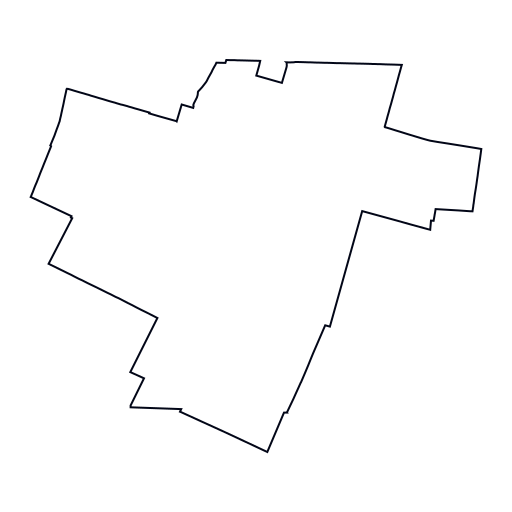 Valcelele, Calarasi, Romania (Mercator projection)
{"feature_id": "2599482B65802479293410", "entity_name": "Valcelele", "entity_type": "district", "adm_level": 2, "iso_a3": "ROU", "parent_name": "Romania", "parent_adm1": "Calarasi", "projection": "mercator", "projection_center": [27.174, 44.384], "detail": "fine", "context": "isolated", "style": "outline", "palette": "ink", "viewbox_px": 512, "rotation_deg": 0, "n_neighbors": 0, "source": "geoboundaries", "source_scale": "gbopen_adm2", "svg_char_len": 3723}
<svg xmlns="http://www.w3.org/2000/svg" viewBox="0 0 512 512"><path d="M180.0,411.7L180.8,412.0L186.0,414.4L201.3,421.4L222.6,431.1L244.9,441.5L267.3,452.0L284.0,412.6L287.1,412.6L287.0,412.4L287.0,412.1L287.1,411.9L287.3,411.7L293.3,399.1L296.5,392.0L298.6,387.4L300.7,382.7L300.9,382.5L301.0,382.3L304.6,373.9L308.1,365.6L310.6,359.4L313.1,353.3L317.0,344.3L325.2,325.3L329.9,326.6L348.9,258.6L362.2,211.1L396.2,220.4L410.1,224.3L430.2,229.8L430.6,225.2L431.0,220.6L432.3,220.7L433.6,220.8L434.5,215.7L434.6,214.9L435.0,212.9L435.6,209.1L437.4,209.2L454.3,210.2L457.9,210.4L469.5,211.2L471.8,211.3L472.5,211.3L472.6,210.6L472.8,209.2L473.2,206.7L473.3,205.6L473.5,204.1L473.6,203.8L474.4,197.5L474.9,193.9L475.3,191.5L475.7,189.1L476.1,186.5L476.5,183.8L476.8,181.6L477.1,179.4L477.6,176.1L478.0,172.9L478.9,166.2L479.9,159.5L480.3,156.5L480.7,153.6L481.0,151.3L481.3,149.0L476.8,148.2L472.5,147.5L460.2,145.5L447.6,143.5L437.2,141.9L433.2,141.2L430.2,140.7L427.1,139.9L421.8,138.4L408.9,134.5L399.9,131.7L395.6,130.4L389.9,128.6L385.9,127.4L385.2,127.3L385.0,127.2L384.9,127.1L384.8,126.9L384.7,126.8L384.7,126.7L385.1,125.3L386.1,121.7L386.9,118.8L387.5,116.5L388.9,111.6L389.8,108.1L390.4,106.1L391.0,104.1L392.2,99.7L393.0,96.9L393.9,93.3L394.8,90.3L395.9,86.2L397.0,82.3L397.7,79.7L398.5,76.7L398.8,75.5L400.0,71.3L401.2,66.9L401.8,64.9L393.8,64.6L385.8,64.4L379.2,64.1L377.1,64.1L374.8,64.0L372.2,64.0L371.3,63.9L367.6,63.8L363.9,63.7L359.3,63.6L357.3,63.6L355.2,63.5L349.5,63.4L346.0,63.3L342.0,63.2L339.0,63.1L335.9,63.1L333.2,63.0L330.4,62.9L326.7,62.8L324.6,62.8L321.7,62.7L320.2,62.7L319.1,62.6L317.2,62.6L314.2,62.5L309.8,62.3L307.6,62.3L305.0,62.2L301.6,62.1L297.6,62.0L296.4,62.0L295.9,62.0L295.5,62.0L295.2,62.0L294.9,62.1L294.4,62.2L293.4,62.3L292.4,62.3L290.7,62.4L288.8,62.4L286.4,62.3L286.6,62.5L286.7,62.9L286.7,64.2L286.8,65.6L286.6,66.9L286.2,68.4L281.9,82.9L256.3,75.6L259.1,65.7L260.2,60.9L258.5,60.8L253.4,60.7L249.3,60.6L245.8,60.5L241.8,60.4L237.1,60.3L233.8,60.1L229.4,60.1L226.3,60.0L225.9,61.3L225.4,62.9L216.4,62.7L215.5,64.7L214.3,66.7L212.6,69.8L211.5,72.2L208.4,77.7L207.0,80.5L206.5,81.4L205.9,82.3L202.1,87.2L199.1,90.5L198.1,91.5L197.9,92.3L197.8,93.8L197.6,95.2L196.9,97.5L194.8,101.6L193.9,103.3L193.3,105.1L193.6,106.2L193.2,107.9L181.7,104.5L176.7,121.3L176.6,121.2L170.9,119.6L164.8,117.9L157.7,115.9L152.6,114.4L149.2,113.4L149.5,112.6L142.9,110.7L138.1,109.3L134.8,108.4L131.6,107.4L129.0,106.7L127.2,106.1L122.4,104.8L120.8,104.5L119.2,104.0L116.8,103.3L115.0,102.7L112.4,102.0L109.2,101.1L106.9,100.4L103.0,99.2L98.4,97.9L96.5,97.3L93.5,96.4L90.7,95.6L90.2,95.4L88.7,94.9L86.5,94.3L83.9,93.5L81.3,92.8L78.2,91.9L74.1,90.7L71.9,90.0L70.2,89.5L68.4,89.0L68.2,89.0L68.0,88.9L67.5,88.9L67.1,88.9L66.9,88.8L66.7,89.0L66.4,89.9L66.0,91.9L65.4,94.6L64.8,97.3L64.1,100.7L63.6,103.3L63.0,106.1L62.4,108.7L61.9,111.1L61.4,113.3L60.9,115.8L60.2,118.6L59.8,120.5L59.6,121.5L59.2,122.4L58.7,123.9L58.0,125.9L56.7,129.3L56.1,131.0L55.3,133.2L54.5,135.5L53.5,137.9L51.2,143.4L50.7,144.7L50.3,145.4L51.1,146.2L50.6,147.5L49.7,149.7L49.1,151.2L48.0,153.9L46.7,157.2L45.4,160.4L44.0,163.8L42.6,167.4L41.4,170.3L40.1,173.5L39.1,176.2L38.0,179.0L36.7,182.3L35.3,185.5L34.3,188.0L33.4,190.4L32.8,192.0L31.7,194.6L31.0,196.4L30.7,197.0L71.5,216.2L70.9,217.5L72.2,218.2L48.6,263.8L61.0,269.9L62.9,270.8L67.1,272.9L71.1,274.8L73.9,276.3L78.8,278.8L81.7,280.1L87.6,283.1L90.3,284.4L95.5,286.9L101.8,290.0L107.4,292.8L110.8,294.4L115.6,296.9L118.6,298.2L128.0,303.1L129.5,303.8L130.4,304.3L131.7,304.9L136.2,307.3L141.7,310.1L146.0,312.2L153.7,316.1L157.0,317.8L157.4,318.0L130.3,372.1L144.0,378.3L130.6,405.5L130.6,407.3L181.2,409.1L180.0,411.7Z" fill="none" stroke="#020617" stroke-width="2"/></svg>